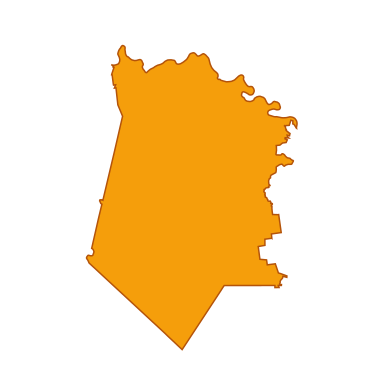 the district of Camargo, Tamaulipas, Mexico, rotated 352°
{"feature_id": "50627088B36916974246303", "entity_name": "Camargo", "entity_type": "district", "adm_level": 2, "iso_a3": "MEX", "parent_name": "Mexico", "parent_adm1": "Tamaulipas", "projection": "orthographic", "projection_center": [-98.799, 26.181], "detail": "fine", "context": "isolated", "style": "filled", "palette": "amber", "viewbox_px": 384, "rotation_deg": 352, "n_neighbors": 0, "source": "geoboundaries", "source_scale": "gbopen_adm2", "svg_char_len": 5961}
<svg xmlns="http://www.w3.org/2000/svg" viewBox="0 0 384 384"><g transform="rotate(352 192 192)"><path d="M160.3,346.7L207.1,293.4L209.2,290.9L210.9,289.1L261.1,296.1L260.8,298.2L264.9,298.7L264.4,296.6L267.5,297.0L267.7,296.1L266.7,296.0L265.9,295.3L266.7,294.0L266.8,292.9L267.3,292.1L268.2,291.0L268.7,290.8L269.8,289.7L270.2,288.2L271.6,288.7L274.0,289.7L274.3,288.3L268.5,285.2L266.3,284.2L264.5,274.7L256.4,274.6L256.4,269.6L249.9,268.1L250.0,255.2L256.8,255.0L257.6,248.9L264.5,248.9L264.6,249.0L264.8,244.6L274.7,244.6L274.7,226.4L273.8,226.4L268.7,225.5L268.7,222.2L268.9,218.5L269.2,217.9L269.0,217.2L268.6,217.0L268.6,216.6L269.4,215.8L269.9,215.2L269.9,214.7L269.7,214.5L269.5,214.4L269.3,214.4L269.0,214.6L268.6,214.6L268.3,214.3L268.4,214.0L268.6,213.8L268.7,213.2L268.4,212.5L268.1,211.8L267.7,211.8L267.3,211.9L266.9,211.9L266.1,211.5L265.8,210.9L266.0,210.4L265.9,209.9L265.6,209.6L265.3,208.8L265.3,208.3L264.7,207.6L264.0,207.4L263.8,207.1L264.0,206.3L263.8,205.8L263.9,205.6L264.1,205.3L264.0,205.1L263.8,204.9L263.7,204.6L263.8,204.3L264.1,204.1L264.2,203.7L264.2,203.1L264.2,202.8L263.3,202.0L263.2,201.6L263.3,201.1L263.6,200.7L263.7,200.3L263.6,200.0L263.7,199.5L264.0,199.4L264.4,199.5L264.7,199.4L265.0,198.9L265.6,198.4L266.5,198.2L267.6,198.2L268.5,198.2L268.8,198.0L268.6,197.5L268.6,197.2L268.8,196.9L269.6,196.7L270.0,196.6L270.2,196.3L269.3,195.1L269.2,194.6L269.4,191.6L270.4,189.6L271.7,188.9L272.0,187.1L272.7,186.3L277.6,184.5L278.0,183.8L278.6,181.5L278.8,179.3L279.1,178.7L282.7,177.1L284.8,176.9L285.2,177.2L286.4,179.0L287.2,179.3L288.3,178.5L290.2,178.1L291.1,178.0L294.0,178.4L294.7,178.2L296.5,175.8L296.7,175.2L296.3,174.7L295.7,174.5L294.4,173.3L293.7,172.3L291.2,171.4L290.5,170.7L289.8,169.9L289.3,169.1L288.8,168.1L287.8,167.1L287.0,166.7L286.5,166.7L286.0,167.0L285.6,167.4L285.1,167.7L284.6,167.7L281.3,167.1L280.7,166.9L280.4,166.6L280.4,166.3L281.5,162.4L281.9,158.6L281.9,157.7L285.6,157.8L288.4,156.1L292.1,156.1L293.6,153.6L291.5,152.3L291.8,151.2L295.4,152.0L294.6,151.1L294.2,150.0L294.1,149.0L294.1,148.9L296.4,149.9L297.2,147.7L296.2,146.8L295.8,146.6L295.7,146.3L295.4,145.8L295.1,145.6L294.2,144.6L293.7,143.7L294.1,143.5L293.6,142.0L293.5,140.7L293.3,140.0L292.8,139.4L293.2,139.1L293.7,139.6L293.9,139.6L294.9,139.3L296.5,139.5L297.6,139.5L299.9,134.7L301.8,135.5L301.3,138.6L302.0,139.0L302.5,139.4L303.7,142.0L304.1,143.1L304.4,143.4L304.4,142.7L304.8,141.5L305.3,140.0L305.5,139.0L305.6,138.2L305.5,136.4L304.8,134.7L304.0,133.4L303.4,132.9L302.6,132.3L301.5,131.8L300.3,131.4L299.2,131.2L297.1,131.4L295.5,131.5L292.4,131.2L290.8,130.8L288.6,130.0L286.2,129.2L284.9,129.1L283.7,128.8L278.8,126.5L278.3,125.9L278.1,125.3L278.0,124.9L278.0,124.2L278.1,123.5L278.5,122.9L278.8,122.5L279.2,122.2L280.0,121.8L282.8,121.2L284.3,121.2L285.2,121.4L287.1,122.3L288.1,122.5L289.2,122.5L290.1,122.3L290.7,121.7L291.1,121.0L291.3,120.2L291.1,119.4L290.8,117.3L290.5,116.5L290.1,116.0L289.5,115.4L288.8,114.8L287.6,114.4L286.4,113.8L285.9,113.8L285.2,113.9L283.9,115.0L282.1,115.9L280.8,116.1L280.3,116.1L279.6,115.6L278.8,114.5L278.1,112.7L277.7,111.4L277.1,109.7L276.5,109.0L275.9,108.3L272.8,106.7L271.5,106.6L269.5,106.8L267.0,107.9L266.7,108.2L266.4,109.1L265.5,109.7L264.7,110.1L263.8,110.3L262.8,110.5L261.6,110.4L259.2,109.7L258.0,108.9L257.3,107.8L256.9,106.5L256.4,105.7L255.3,104.9L254.8,104.1L254.5,103.4L254.6,102.6L255.4,100.5L255.9,100.1L256.8,99.9L258.1,100.4L259.6,101.4L261.1,102.6L262.1,103.6L262.8,103.9L263.7,104.1L264.8,104.0L265.5,103.8L266.3,103.1L266.6,102.7L267.3,101.5L267.6,100.8L267.7,100.0L267.5,98.4L266.8,96.9L266.4,96.3L265.7,95.9L264.9,95.7L263.6,95.7L262.3,95.2L261.3,94.0L260.5,92.6L259.5,90.4L258.8,88.3L258.7,87.6L258.8,86.9L259.2,85.7L259.2,85.2L258.9,84.2L258.5,83.7L258.1,83.4L257.7,83.1L257.0,83.0L256.3,83.0L254.4,83.7L249.9,86.9L249.1,87.2L246.5,87.9L245.2,87.9L242.7,87.8L241.5,87.7L238.4,86.4L236.7,85.6L236.0,85.2L235.4,84.4L235.0,84.2L234.5,84.3L234.0,84.2L233.2,83.5L233.1,83.1L233.0,82.6L233.7,81.5L233.9,80.9L234.0,80.0L234.0,79.3L233.9,78.7L233.0,77.2L230.7,74.7L230.0,73.6L228.8,71.5L227.9,68.3L227.7,67.2L227.5,65.1L227.3,63.2L227.0,61.8L226.5,61.0L224.6,58.2L223.6,57.3L223.1,56.9L222.6,56.7L222.2,56.7L221.4,56.9L218.9,58.0L217.4,58.3L216.7,58.2L216.3,58.0L215.8,57.4L215.6,56.9L214.3,55.2L213.7,54.7L213.1,54.4L212.5,54.3L210.3,54.6L209.7,54.8L208.9,55.3L208.2,56.1L207.5,57.2L205.7,59.4L204.9,60.1L201.6,62.1L198.7,63.3L197.7,63.5L196.1,63.5L195.4,63.3L194.7,62.9L194.3,62.5L193.6,60.4L193.3,59.8L192.8,59.2L189.7,58.2L187.6,58.0L186.5,57.9L185.3,58.2L183.4,58.9L181.2,60.4L179.9,60.9L178.5,61.3L175.6,61.7L173.0,62.6L171.1,63.6L168.0,64.6L166.6,65.4L164.5,66.8L164.0,67.3L163.6,67.5L162.8,67.2L162.4,66.7L162.0,66.0L161.7,65.1L160.9,63.9L160.5,63.0L160.2,61.7L160.4,60.5L161.3,59.4L161.4,59.1L161.5,58.6L161.4,57.8L161.1,57.1L160.5,54.9L160.2,54.4L159.2,53.7L158.8,53.6L157.3,53.7L155.3,54.0L153.5,53.9L152.0,53.3L151.2,53.0L150.2,52.3L148.9,51.0L147.8,49.5L146.6,48.8L146.0,47.9L145.5,46.3L145.4,45.4L145.5,43.7L145.4,41.9L145.8,40.0L145.8,39.3L145.6,38.7L145.2,38.2L144.3,37.5L143.7,37.3L143.2,37.4L142.3,38.0L141.2,39.5L140.0,40.6L139.0,42.0L138.1,43.9L137.8,44.8L137.8,45.5L138.7,48.4L138.9,50.2L138.9,51.0L138.6,52.3L138.3,53.0L137.4,54.4L136.6,55.0L135.7,55.2L134.3,55.5L133.0,55.6L132.0,55.5L131.0,55.3L129.9,54.6L130.7,55.6L131.7,56.5L131.2,57.2L132.1,57.7L129.0,64.0L128.7,64.8L129.2,65.0L129.1,74.4L129.2,74.6L129.2,75.2L131.3,75.2L129.6,78.3L131.2,78.3L130.7,95.4L133.8,107.3L120.5,142.0L102.6,187.8L102.2,187.5L101.7,187.1L101.0,187.3L100.4,187.0L99.8,187.0L99.5,187.2L99.3,188.0L99.5,188.2L99.9,190.0L100.2,190.8L100.6,191.1L101.1,191.5L95.6,205.5L84.8,233.9L85.7,234.6L86.2,235.6L86.6,237.3L86.4,238.1L85.0,240.8L84.5,241.1L83.7,241.2L82.5,241.0L81.0,240.3L80.4,240.2L79.8,240.6L78.9,241.5L78.4,242.4L78.4,243.2L79.4,245.1L80.2,248.0L145.4,328.0L148.1,331.5L160.3,346.7Z" fill="#f59e0b" stroke="#b45309" stroke-width="1.5"/></g></svg>